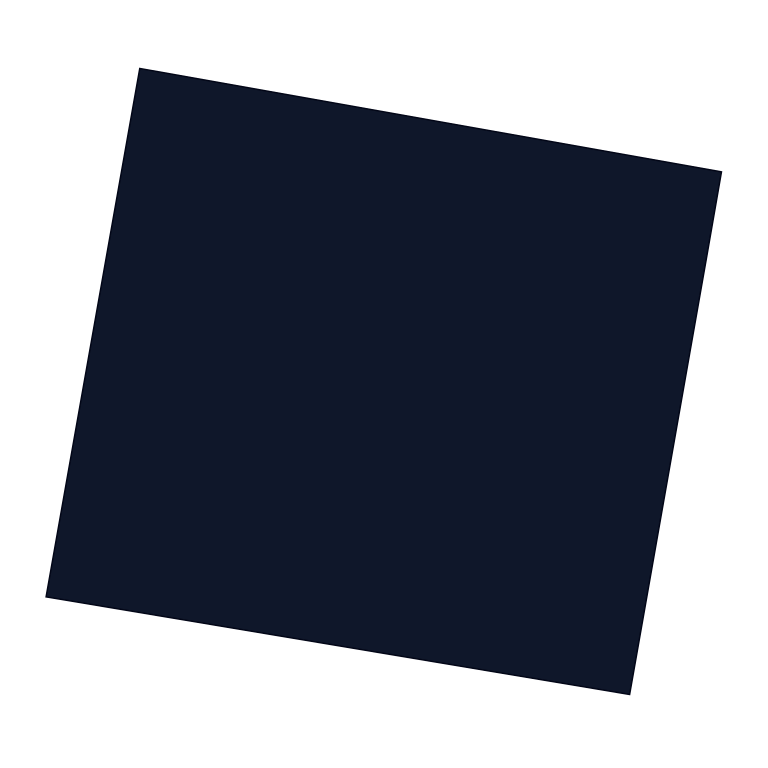 Lamb, Texas, United States of America, rotated 100°
{"feature_id": "52423323B61761098121912", "entity_name": "Lamb", "entity_type": "district", "adm_level": 2, "iso_a3": "USA", "parent_name": "United States of America", "parent_adm1": "Texas", "projection": "robinson", "projection_center": [-102.337, 34.069], "detail": "fine", "context": "isolated", "style": "filled", "palette": "ink", "viewbox_px": 768, "rotation_deg": 100, "n_neighbors": 0, "source": "geoboundaries", "source_scale": "gbopen_adm2", "svg_char_len": 239}
<svg xmlns="http://www.w3.org/2000/svg" viewBox="0 0 768 768"><g transform="rotate(100 384 384)"><path d="M647.1,88.2L207.0,88.3L116.5,88.5L115.7,679.3L652.3,679.8L647.1,88.2Z" fill="#0f172a" stroke="#020617" stroke-width="1.5"/></g></svg>